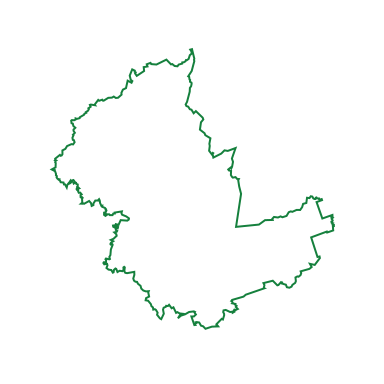 the district of Ruapehu District, Manawatu-Wanganui, New Zealand, rotated 341°
{"feature_id": "76426892B73257627899839", "entity_name": "Ruapehu District", "entity_type": "district", "adm_level": 2, "iso_a3": "NZL", "parent_name": "New Zealand", "parent_adm1": "Manawatu-Wanganui", "projection": "natural_earth1", "projection_center": [175.226, -39.089], "detail": "fine", "context": "isolated", "style": "outline", "palette": "green", "viewbox_px": 384, "rotation_deg": 341, "n_neighbors": 0, "source": "geoboundaries", "source_scale": "gbopen_adm2", "svg_char_len": 5941}
<svg xmlns="http://www.w3.org/2000/svg" viewBox="0 0 384 384"><g transform="rotate(341 192 192)"><path d="M83.0,110.5L81.8,114.1L80.7,115.0L79.6,115.0L79.2,113.9L73.4,116.0L73.2,116.9L73.8,117.8L72.8,117.8L73.1,118.4L72.3,119.5L72.6,120.2L71.0,124.3L66.7,125.0L67.6,126.0L69.2,126.5L68.8,127.3L69.3,127.6L69.3,130.7L68.8,131.8L69.4,133.0L68.7,134.2L69.2,135.8L70.7,136.8L70.1,137.2L70.9,138.4L71.0,140.0L73.6,141.2L73.4,143.1L74.4,143.4L75.0,147.0L76.5,144.6L78.8,143.1L79.5,143.4L78.8,144.1L79.8,144.0L80.0,142.3L80.8,141.7L80.9,143.4L82.0,143.1L82.2,142.0L83.8,142.1L84.5,144.2L82.9,144.9L82.9,145.5L84.3,145.1L85.4,145.6L85.2,146.6L86.4,147.7L85.7,149.6L84.4,149.7L85.8,150.3L86.4,151.5L84.3,151.0L83.8,151.7L84.0,152.6L85.2,152.9L84.5,154.4L84.7,155.9L86.1,156.2L86.9,158.3L85.6,158.6L85.0,160.7L85.6,161.4L86.3,161.1L86.7,161.9L85.8,162.7L84.8,166.3L83.3,166.9L84.6,167.4L85.1,166.9L86.1,168.0L91.8,167.0L92.9,169.6L92.6,172.5L94.5,172.3L95.0,170.8L97.8,168.6L100.1,169.4L101.8,168.5L101.9,169.2L100.7,169.5L101.9,170.6L101.5,172.4L101.8,175.6L102.8,175.7L102.3,176.8L104.5,178.7L105.1,180.3L104.5,180.7L105.0,181.7L103.9,182.9L102.8,182.9L103.1,183.6L102.1,183.1L101.6,184.5L102.4,184.8L101.7,185.4L102.4,186.4L105.0,185.6L106.5,186.2L106.8,187.1L109.3,188.0L110.5,186.8L112.0,187.2L112.2,186.3L119.4,187.5L118.4,189.0L118.5,190.7L121.9,193.7L123.8,196.4L123.2,197.5L121.5,198.0L115.4,195.4L111.9,199.1L109.5,197.6L109.1,198.2L110.8,200.9L109.9,202.2L108.6,201.4L108.3,198.4L106.4,198.0L106.2,199.2L108.1,201.3L107.6,203.1L108.6,204.4L107.8,205.1L105.4,204.9L106.7,207.3L106.5,208.9L102.5,210.7L99.7,210.9L101.5,212.9L98.9,213.6L97.9,214.6L98.0,215.2L99.7,215.4L99.8,216.1L96.6,219.9L94.3,225.1L92.7,226.5L92.6,228.6L91.8,228.7L89.0,226.9L88.3,227.4L88.6,228.5L87.8,230.4L85.7,229.7L85.1,230.3L85.5,231.8L88.3,232.3L88.2,233.8L86.4,236.0L87.8,238.2L90.3,239.5L90.9,242.5L91.7,242.4L92.9,240.2L94.7,239.4L95.3,240.0L95.5,243.4L97.9,242.9L100.4,244.2L102.0,243.3L102.6,241.0L103.5,240.7L103.9,241.4L102.2,244.9L102.6,246.7L104.2,247.6L111.4,248.7L110.5,251.6L108.3,254.7L108.3,256.9L109.3,258.4L110.8,259.1L111.0,261.1L112.8,264.0L112.6,266.8L113.9,269.3L116.1,271.0L118.8,271.7L117.9,272.8L117.4,276.9L114.0,277.4L112.9,279.3L115.1,280.5L116.6,284.6L116.5,286.8L117.5,288.4L117.1,290.6L118.7,290.7L119.5,291.7L120.2,294.9L119.0,296.7L120.5,301.0L121.5,302.2L125.7,297.9L126.3,293.8L127.5,292.2L129.9,292.0L130.5,291.2L132.1,292.0L133.6,291.2L134.9,295.3L136.9,295.0L137.6,301.1L139.0,300.8L140.8,302.8L143.1,303.9L140.3,304.6L137.6,306.8L141.3,305.3L145.6,305.4L150.2,304.5L154.9,305.5L155.7,306.3L155.1,306.7L155.8,309.1L153.2,310.3L150.9,309.5L150.9,318.6L151.9,318.8L151.6,317.6L153.5,317.3L153.3,316.4L154.1,316.5L156.3,317.7L157.0,321.3L158.8,322.6L160.2,325.7L167.0,325.8L173.0,327.6L172.7,326.7L172.0,327.2L171.4,326.8L172.0,325.0L178.8,321.6L179.7,322.6L182.3,319.0L182.7,317.6L182.4,315.7L183.3,314.2L185.5,314.5L189.0,317.9L191.3,318.3L191.1,319.4L192.7,319.1L192.3,318.3L193.2,318.2L192.8,317.8L193.8,317.0L194.8,317.7L197.2,317.5L196.0,314.9L197.1,314.2L196.0,312.4L196.5,311.9L193.9,310.4L194.5,310.1L194.1,308.6L194.7,307.8L194.1,307.6L194.8,307.1L206.7,307.7L209.4,306.6L229.1,306.6L228.6,306.1L230.2,303.6L229.9,301.4L239.5,302.2L242.3,308.0L243.4,308.1L246.5,306.4L246.8,307.3L247.6,306.8L248.1,308.5L250.6,310.2L250.7,312.9L252.9,314.2L255.3,313.9L256.7,312.5L260.0,311.5L261.2,310.1L262.0,306.5L264.1,306.1L265.2,306.8L267.6,305.9L268.9,304.2L268.9,302.4L278.0,302.9L280.7,301.9L280.1,298.3L284.3,300.9L291.4,296.1L291.6,294.5L289.5,294.3L289.9,273.7L306.6,273.3L306.6,274.3L313.0,274.3L314.0,270.4L315.0,270.5L315.4,269.3L314.3,268.9L314.3,267.6L315.0,267.3L314.0,266.4L314.2,265.4L315.1,265.4L315.8,264.6L315.3,263.0L316.3,262.4L315.5,262.1L315.6,260.5L316.0,260.0L317.0,260.5L317.3,259.4L306.6,259.5L306.5,242.1L312.3,242.0L312.3,240.9L310.5,240.8L309.8,240.1L310.0,239.5L308.1,238.7L307.9,237.7L307.2,237.7L306.4,238.8L305.5,238.5L304.6,237.5L304.3,235.5L302.9,234.7L301.1,236.0L298.9,234.9L296.5,239.6L293.2,239.4L291.2,242.2L288.4,244.2L285.0,243.0L280.4,243.4L279.1,242.5L276.9,242.6L273.6,245.4L269.3,245.3L267.8,243.9L265.0,244.1L261.4,242.3L259.2,243.5L259.2,244.7L251.9,242.4L244.7,244.6L222.3,239.3L237.8,209.7L238.4,202.3L239.5,196.0L240.5,195.0L238.9,194.3L238.0,192.1L235.3,191.7L234.7,190.6L234.3,188.6L235.8,184.8L233.9,183.6L233.6,182.5L237.3,181.2L237.2,182.1L238.1,181.2L240.6,176.8L240.6,173.4L247.5,164.6L239.2,164.8L236.3,163.2L232.2,165.2L223.4,166.4L223.8,162.8L224.7,162.2L224.4,161.8L223.0,162.9L221.6,158.6L223.8,154.2L224.1,152.1L226.9,147.2L223.1,142.6L223.0,140.5L219.8,135.6L223.2,129.0L226.3,127.1L226.3,125.2L222.0,116.8L219.2,118.1L218.3,114.0L216.9,113.0L216.2,110.1L214.7,108.9L214.5,107.2L216.7,105.1L222.5,96.4L223.9,92.9L225.6,91.7L226.9,89.5L227.1,88.4L226.0,87.1L226.7,85.4L226.3,84.8L226.8,82.1L226.1,81.4L231.1,77.5L236.8,69.0L236.9,67.7L237.6,66.7L238.5,56.9L236.7,56.8L237.3,59.4L236.4,61.2L234.5,61.9L232.1,65.1L229.9,65.7L229.3,65.3L228.3,66.3L226.5,66.7L225.0,66.3L224.5,67.4L220.9,67.2L219.2,68.4L216.6,67.2L215.0,64.6L213.7,64.5L210.9,58.5L199.9,59.9L195.1,57.8L194.8,56.4L190.8,56.5L190.8,58.8L187.0,58.2L186.1,62.0L177.6,64.2L176.8,61.4L177.7,60.6L176.9,59.6L177.4,58.6L175.4,56.6L171.0,61.7L170.6,66.0L171.7,67.7L170.4,69.0L167.4,65.8L163.4,72.3L160.0,72.7L157.5,75.3L157.1,77.0L152.8,78.8L150.6,78.3L149.1,76.3L147.0,76.7L143.5,75.7L138.2,76.9L137.5,76.6L137.2,75.5L133.9,75.5L133.3,74.4L128.4,77.7L128.6,78.4L124.8,76.4L123.8,76.4L123.9,78.4L121.3,79.1L121.5,80.0L120.1,81.3L117.7,81.9L117.8,82.7L115.7,83.0L115.1,83.8L110.3,84.8L109.8,85.6L107.0,85.4L105.9,84.5L105.5,85.6L104.0,85.8L101.8,84.9L101.0,85.2L100.5,87.8L101.6,88.6L101.3,90.9L102.6,93.3L100.3,94.4L99.9,95.6L100.5,97.9L98.1,99.1L98.4,99.8L96.6,101.8L96.3,103.9L97.2,104.5L97.2,106.7L95.1,108.3L93.6,107.5L88.8,107.9L86.3,110.0L83.0,110.5Z" fill="none" stroke="#15803d" stroke-width="2"/></g></svg>